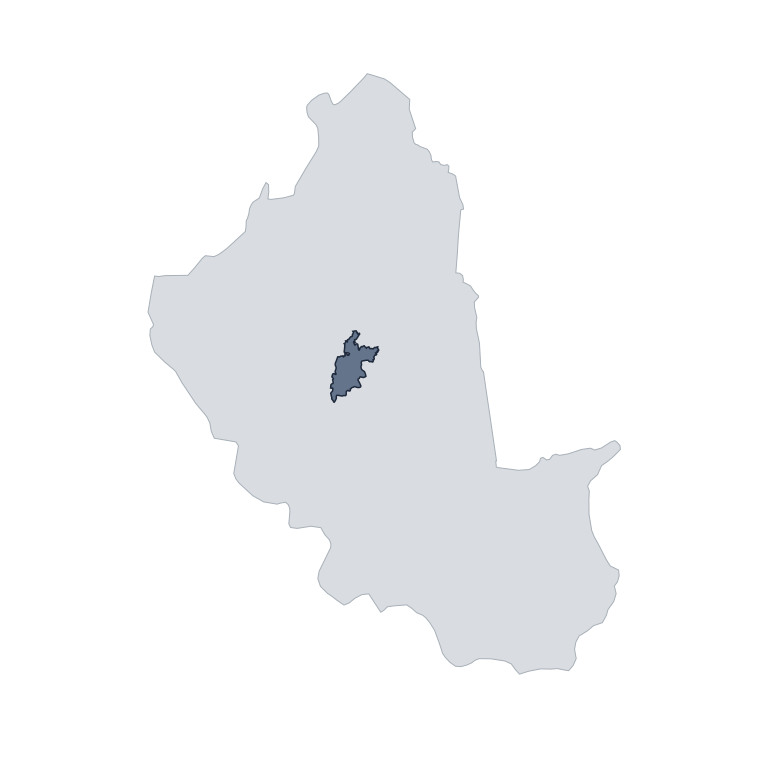 Oubritenga, Oubritenga, Burkina Faso (highlighted), rotated 262°
{"feature_id": "67063806B42476727458569", "entity_name": "Oubritenga", "entity_type": "district", "adm_level": 2, "iso_a3": "BFA", "parent_name": "Burkina Faso", "parent_adm1": "Oubritenga", "projection": "albers", "projection_center": [-1.222, 12.597], "detail": "fine", "context": "in_parent", "style": "filled", "palette": "slate", "viewbox_px": 768, "rotation_deg": 262, "n_neighbors": 0, "source": "geoboundaries", "source_scale": "gbopen_adm2", "svg_char_len": 8864}
<svg xmlns="http://www.w3.org/2000/svg" viewBox="0 0 768 768"><g transform="rotate(262 384 384)"><path d="M578.1,483.9L557.9,484.8L550.6,487.1L546.1,487.1L546.0,485.3L545.5,484.2L520.0,478.2L502.1,474.6L484.1,470.6L483.1,474.4L480.5,476.9L476.6,477.1L473.8,476.5L472.0,479.4L469.1,483.3L464.9,485.2L460.8,487.6L458.5,489.7L456.8,489.8L452.6,484.8L447.1,484.3L436.9,485.2L432.3,483.8L425.9,483.2L411.1,484.2L387.2,482.2L383.4,483.3L382.3,484.2L358.8,484.3L332.8,484.5L311.1,484.6L292.1,484.7L292.1,483.9L286.0,483.7L285.3,485.4L279.8,505.2L279.1,516.0L282.0,522.8L285.2,527.1L288.8,528.8L289.1,531.3L286.2,534.4L286.4,537.6L289.8,540.9L290.6,544.3L288.9,548.0L289.2,556.7L291.7,570.5L291.7,579.5L289.3,583.5L290.4,590.5L295.0,600.4L295.8,604.6L294.1,606.5L290.2,609.1L286.3,609.0L281.7,603.0L279.7,600.3L276.0,594.2L272.9,588.1L268.6,585.4L264.5,582.9L259.4,575.1L254.5,571.4L249.3,572.4L241.7,570.9L226.4,568.9L210.0,569.3L203.1,571.0L196.3,573.7L179.1,579.7L172.3,582.7L167.1,590.4L161.3,590.2L155.5,587.6L151.9,584.0L144.1,584.7L136.6,581.2L129.4,574.4L124.1,572.1L117.3,567.1L115.5,557.8L111.3,551.2L107.4,542.2L101.6,538.0L94.8,535.8L85.3,536.1L79.2,532.3L74.4,527.0L75.8,522.4L78.1,515.9L78.4,509.7L80.1,499.5L79.4,486.8L77.8,477.9L83.0,474.3L89.1,471.1L92.9,465.1L97.0,451.6L98.8,440.0L97.7,435.6L95.7,432.1L94.2,427.1L93.4,420.9L94.6,415.5L99.2,410.6L104.9,406.6L109.0,404.6L119.7,402.7L133.1,399.8L140.8,396.4L146.5,393.0L149.6,390.2L152.9,384.6L158.1,380.2L162.1,375.8L162.9,363.5L162.9,356.4L160.0,352.5L158.4,349.1L178.3,339.7L178.5,332.8L175.8,325.2L172.0,319.0L170.7,313.6L176.2,307.5L181.1,302.8L184.6,298.9L192.4,292.9L200.5,291.4L207.8,293.8L229.2,308.3L232.9,309.2L237.4,308.2L243.1,304.4L250.5,301.5L253.3,292.0L253.1,277.9L254.9,271.5L258.8,270.3L271.1,273.1L274.3,273.3L277.9,272.4L280.6,270.0L280.5,265.4L279.9,261.4L284.0,248.4L291.5,238.6L306.4,226.4L311.0,224.0L316.4,222.8L343.0,231.3L347.3,229.2L353.9,208.4L361.1,206.4L369.7,206.1L375.4,204.3L378.3,202.8L390.9,194.9L413.2,184.2L425.2,179.5L427.5,177.8L436.1,170.1L447.5,161.3L454.7,159.6L464.7,158.9L471.0,160.3L472.7,162.8L474.8,164.1L487.9,160.3L506.6,166.2L522.9,171.9L521.8,175.6L521.8,182.2L520.5,192.5L518.9,204.9L525.7,212.9L533.7,221.5L535.9,224.9L533.8,233.4L535.3,238.4L539.7,246.7L546.9,257.2L554.4,268.0L559.6,269.4L564.5,270.2L567.5,272.1L571.8,274.0L576.2,275.2L580.0,277.5L582.4,279.8L585.6,286.5L594.0,290.9L599.9,295.2L597.5,297.4L590.2,296.6L583.4,294.8L582.5,298.0L582.3,310.3L583.5,320.5L585.1,321.8L592.0,323.7L608.6,336.8L623.6,349.3L628.7,352.5L637.0,353.6L646.2,354.0L650.2,352.8L659.0,346.4L663.8,345.6L668.2,345.8L670.6,346.7L675.0,351.8L679.1,359.6L680.3,365.4L680.0,368.5L678.6,369.6L671.3,371.2L668.1,372.4L667.3,374.1L668.5,378.0L670.0,380.5L678.2,391.7L690.0,406.7L693.6,410.5L691.6,415.1L685.9,427.1L681.5,432.1L662.2,449.1L652.6,447.2L632.5,450.9L629.4,447.0L624.7,446.6L618.9,447.3L616.8,448.8L616.2,450.5L614.1,452.8L610.5,459.5L607.6,461.2L604.0,462.3L599.6,462.2L597.1,463.1L597.1,466.4L596.3,469.3L593.4,470.7L592.1,474.0L592.4,477.1L590.7,478.6L586.9,477.8L584.6,477.0L582.5,481.1L579.9,483.9L578.1,483.9Z" fill="#d9dde1" stroke="#a8b0b8" stroke-width="1"/><path d="M421.7,383.0L421.7,382.5L421.7,382.3L421.6,382.1L421.4,381.9L421.4,381.7L421.4,381.2L421.3,380.9L421.3,380.5L421.5,380.1L421.4,379.7L421.1,379.3L421.0,379.1L420.9,378.8L420.4,378.4L420.3,378.1L420.5,377.3L420.7,377.1L420.8,376.8L421.0,375.8L421.0,375.6L420.9,375.4L420.9,375.1L421.0,374.9L421.2,374.7L421.9,374.6L422.3,374.4L422.7,374.4L422.9,373.9L422.7,373.4L422.6,373.1L422.6,372.9L422.7,372.5L422.7,372.3L422.4,371.9L421.9,371.5L422.8,371.0L423.7,370.1L424.4,369.9L424.6,369.7L424.6,369.3L424.1,368.1L423.9,367.8L424.1,367.6L424.2,367.1L424.2,366.7L423.4,366.0L423.1,365.4L422.8,365.1L422.1,364.9L421.7,364.8L421.4,364.6L421.0,364.1L421.2,363.9L421.5,363.6L421.9,363.5L422.4,363.5L423.1,363.7L423.3,363.6L424.2,363.6L426.0,363.5L426.4,363.6L426.7,363.5L427.1,363.4L427.4,363.0L427.5,362.7L427.6,362.4L427.6,362.0L427.3,361.5L426.6,360.8L426.6,360.6L426.9,360.4L429.2,359.8L429.2,360.9L429.3,360.8L429.4,360.7L429.5,360.4L429.9,360.4L430.1,360.3L430.1,361.0L430.5,361.2L431.2,361.1L431.6,360.9L432.0,361.3L432.0,361.5L432.1,362.3L432.2,362.8L433.1,363.6L433.5,363.9L434.1,364.5L434.7,364.9L434.9,365.1L436.2,366.2L436.6,366.7L437.0,366.9L437.3,366.7L437.6,366.5L437.3,366.3L437.1,366.2L437.0,365.9L436.9,365.4L437.3,365.1L437.5,364.7L437.8,364.6L438.3,364.8L438.6,364.8L438.8,364.7L439.0,364.2L440.0,364.1L440.3,364.0L440.5,363.8L440.5,363.5L440.6,362.3L440.5,361.8L440.5,361.0L440.5,360.5L439.5,361.0L439.2,361.0L439.0,360.9L438.4,360.4L438.1,360.2L437.3,359.6L437.2,359.5L436.1,359.4L435.9,359.3L435.7,359.1L435.5,358.9L435.5,358.1L435.5,357.9L435.4,357.7L435.1,357.3L434.9,357.1L434.7,356.7L434.0,356.3L433.6,355.7L433.3,355.4L432.9,354.1L432.6,353.9L432.4,353.9L431.9,353.9L431.1,353.6L431.8,353.1L432.0,352.9L432.1,352.6L432.0,351.9L431.4,352.0L430.9,352.1L429.9,351.1L429.7,350.7L429.7,350.4L429.5,350.1L429.1,350.4L429.1,350.5L428.6,350.6L427.8,350.6L426.9,350.3L426.1,350.3L425.7,350.2L425.2,350.0L423.5,349.6L421.8,349.1L421.2,349.1L420.9,349.1L420.7,349.2L420.5,349.4L420.5,350.6L420.2,351.1L419.9,351.5L419.9,352.1L420.0,352.3L419.9,352.6L419.7,353.1L419.4,353.5L419.2,353.8L418.9,354.0L418.7,354.0L418.5,353.9L418.2,353.6L418.0,353.4L417.8,353.3L417.9,353.2L417.9,352.9L417.5,352.8L417.4,352.5L417.5,352.0L417.7,351.7L418.3,351.5L418.9,351.2L419.2,350.9L419.5,350.6L419.7,349.9L419.7,349.7L419.4,349.5L418.7,349.4L417.8,349.5L417.6,349.6L417.3,349.4L417.2,349.2L417.3,348.4L417.2,348.3L417.0,348.2L416.6,347.6L417.0,347.4L417.5,347.3L417.6,346.9L417.5,346.5L417.4,346.2L417.5,345.9L417.5,345.4L417.6,345.1L417.5,344.8L417.2,344.1L417.0,343.6L417.2,343.0L417.3,342.6L417.2,342.2L417.3,341.9L417.0,341.7L415.8,341.2L414.6,340.5L413.3,339.9L412.3,339.2L411.3,338.7L410.7,338.5L409.5,338.4L408.8,338.5L407.7,338.8L406.8,338.9L406.5,338.9L405.1,338.3L404.6,338.0L403.3,337.4L403.0,337.3L402.7,337.4L401.4,337.8L400.8,337.7L400.6,337.5L400.3,337.6L400.3,337.1L400.5,336.7L401.1,336.3L401.3,336.0L401.2,335.0L401.0,334.8L400.6,334.3L400.2,334.2L399.8,334.0L399.5,334.1L399.3,334.1L399.2,333.8L399.1,333.7L398.8,333.5L398.3,333.5L397.9,333.6L397.9,333.8L397.6,333.9L396.6,334.6L396.4,334.7L396.1,334.6L395.8,334.1L395.5,333.7L395.4,333.7L393.4,333.9L393.1,333.8L391.9,333.8L391.8,333.7L391.7,333.6L391.4,332.5L391.1,331.9L390.9,331.6L390.6,331.4L389.7,331.1L388.2,330.8L387.5,330.5L387.0,332.0L387.1,332.3L387.0,332.6L386.7,332.7L384.5,332.2L384.1,332.0L382.6,330.2L382.1,329.9L381.5,330.1L381.2,330.1L379.9,330.1L378.1,330.4L377.4,330.4L376.8,330.2L376.6,330.1L374.6,331.2L374.0,331.5L373.2,331.7L372.9,332.1L373.6,332.9L374.0,333.2L374.3,333.5L375.2,334.0L375.7,334.4L376.4,334.8L376.8,334.9L377.7,334.9L378.1,334.9L378.6,335.2L379.3,335.6L379.4,335.8L379.4,336.1L379.3,336.4L378.8,338.2L378.4,339.1L378.1,340.2L378.0,341.0L377.9,341.1L378.0,341.5L378.1,341.9L378.1,342.1L378.2,342.6L378.1,342.9L378.0,343.3L377.9,344.5L378.2,344.7L379.0,345.2L381.1,345.4L381.6,345.5L381.9,345.8L382.4,346.4L382.7,347.2L382.7,347.5L382.2,347.8L382.1,348.7L381.9,348.8L381.8,349.1L382.2,349.7L382.5,349.7L382.9,349.8L383.1,349.9L383.8,350.0L383.8,350.3L383.9,350.6L384.4,351.0L384.7,351.4L384.9,351.9L385.1,352.6L385.1,353.3L385.5,354.6L385.5,354.8L384.6,356.3L384.2,357.4L384.0,358.3L384.0,359.0L384.1,359.6L384.2,360.0L384.6,360.6L385.0,360.7L385.6,360.8L385.9,360.7L389.3,359.7L391.3,358.8L392.2,358.9L392.4,359.2L392.6,359.3L392.7,359.8L392.9,360.1L393.1,360.4L394.0,360.9L394.2,361.2L394.4,361.5L394.4,361.8L393.9,362.7L393.4,364.2L393.3,364.4L393.3,364.7L393.8,366.6L393.9,366.9L394.2,367.2L396.2,367.0L397.4,366.8L398.9,366.4L399.2,366.2L400.3,364.9L400.8,364.4L401.6,363.9L402.2,363.7L403.5,363.6L404.5,363.6L405.3,364.0L406.0,364.4L406.5,364.5L408.0,364.4L408.4,364.5L409.1,364.8L409.5,365.0L409.8,365.4L409.9,366.2L409.9,366.7L409.9,367.8L410.0,369.5L409.9,370.3L409.7,371.5L409.3,372.0L409.0,372.1L408.5,372.3L408.1,372.8L408.1,373.3L408.0,373.9L408.0,374.3L408.0,374.5L407.6,375.1L407.4,375.4L407.4,376.0L407.7,376.2L407.9,376.2L408.2,376.5L408.3,376.6L408.6,376.8L408.9,376.8L409.1,376.6L409.5,376.5L409.6,376.9L409.6,377.3L410.0,377.7L410.5,377.8L410.8,377.9L411.1,377.9L411.5,377.5L412.1,377.6L412.5,378.0L412.8,378.1L413.0,378.3L413.5,378.8L413.8,378.9L413.8,379.0L413.7,379.1L413.8,379.5L414.0,379.6L413.8,380.1L414.1,380.6L414.5,380.9L415.0,380.8L415.2,380.3L415.7,380.0L415.9,379.9L416.0,380.2L416.1,380.9L416.2,381.0L416.7,381.1L416.8,381.2L416.8,381.5L416.6,381.7L416.4,381.8L416.3,382.0L416.7,382.3L416.8,382.4L417.0,382.3L417.2,382.1L417.6,382.0L417.8,382.1L417.8,383.2L418.0,383.4L418.3,383.5L418.7,383.4L419.7,382.8L419.7,383.0L420.0,382.9L420.3,382.7L420.5,382.8L420.8,382.7L421.2,382.8L421.7,383.0Z" fill="#64748b" stroke="#1e293b" stroke-width="1.5"/></g></svg>